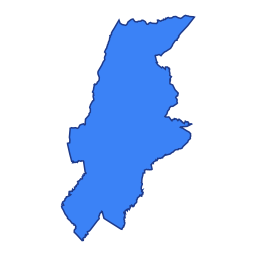 Ocuituco, Morelos, Mexico
{"feature_id": "50627088B33747024846778", "entity_name": "Ocuituco", "entity_type": "district", "adm_level": 2, "iso_a3": "MEX", "parent_name": "Mexico", "parent_adm1": "Morelos", "projection": "equal_earth", "projection_center": [-98.781, 18.879], "detail": "fine", "context": "isolated", "style": "filled", "palette": "blue", "viewbox_px": 256, "rotation_deg": 0, "n_neighbors": 0, "source": "geoboundaries", "source_scale": "gbopen_adm2", "svg_char_len": 5775}
<svg xmlns="http://www.w3.org/2000/svg" viewBox="0 0 256 256"><path d="M111.5,32.9L111.4,34.7L109.9,35.6L109.8,35.9L110.4,36.6L110.4,36.9L109.7,37.8L109.4,40.2L108.4,42.3L108.2,43.7L107.4,45.1L107.4,46.0L106.9,46.9L106.6,48.4L105.9,49.1L104.6,52.0L105.8,53.5L105.5,55.4L104.9,56.2L104.5,57.8L104.8,59.7L103.2,61.9L101.8,65.1L98.1,71.4L97.9,72.7L98.0,74.1L99.3,77.4L99.2,79.4L99.0,80.3L98.4,81.3L97.2,82.4L97.0,83.5L96.4,84.1L96.0,84.3L95.0,84.1L95.0,84.8L94.8,84.8L94.7,84.3L94.1,84.6L94.2,85.9L93.7,88.0L93.5,89.8L92.5,92.0L93.5,93.0L93.5,94.7L93.6,94.9L93.3,94.9L93.1,96.6L93.8,99.2L93.6,100.6L92.8,100.8L92.2,101.7L90.4,105.0L90.3,105.8L89.7,107.2L89.8,107.9L90.4,108.7L90.3,112.2L89.2,113.5L89.0,113.9L89.2,114.4L88.8,115.4L85.5,119.1L85.4,121.1L85.2,122.1L85.4,123.9L85.1,124.7L84.4,124.8L83.8,123.9L83.5,123.8L81.2,124.5L79.8,125.2L78.6,127.6L77.6,128.3L77.1,128.3L75.7,127.7L72.8,128.0L71.7,127.7L70.1,128.3L70.1,129.6L69.4,137.3L69.9,140.0L69.7,142.8L67.5,143.3L67.6,144.2L69.8,154.0L71.7,161.3L72.4,161.6L73.0,161.2L73.3,161.3L73.3,161.8L72.8,162.7L73.1,162.7L74.4,162.2L74.9,162.5L76.6,162.1L77.4,162.4L77.9,161.3L78.3,161.3L78.8,160.7L81.0,161.3L81.4,160.8L83.4,161.0L83.6,161.4L85.1,171.6L86.0,173.2L85.9,173.5L84.1,173.6L84.1,175.3L82.9,175.3L83.1,176.0L82.8,176.6L82.7,176.8L82.2,176.9L82.4,178.7L81.8,179.0L80.6,178.9L79.4,180.7L78.1,181.2L77.6,181.8L78.0,182.1L78.1,183.8L77.7,183.7L76.7,185.1L75.9,185.8L75.9,186.2L76.2,186.1L76.2,186.5L74.5,187.2L74.7,188.1L74.5,189.3L73.3,190.0L72.6,189.3L72.3,191.3L71.3,191.2L71.0,191.5L70.3,191.7L70.0,191.3L69.2,191.5L68.9,194.3L69.8,194.1L70.8,194.6L70.0,195.4L67.3,196.7L66.4,196.8L66.2,197.7L65.1,198.7L64.7,200.6L62.7,202.0L62.1,203.8L62.8,203.4L63.7,205.1L62.3,205.6L61.6,206.3L62.0,207.9L63.3,210.0L65.1,213.9L67.6,217.2L67.4,218.1L68.7,219.6L69.7,220.2L72.3,223.5L73.7,223.7L74.0,225.1L75.0,225.0L75.6,226.0L75.9,226.8L75.6,227.3L75.8,228.4L75.2,229.2L74.6,229.4L74.2,230.9L74.3,232.5L74.8,232.7L77.5,235.5L82.1,240.6L83.3,240.4L83.4,239.8L83.1,239.6L82.8,239.7L82.9,238.6L83.8,237.6L84.6,237.6L85.2,237.2L85.1,236.4L85.4,235.3L85.7,235.9L86.1,235.8L85.8,235.1L85.8,234.8L86.7,235.0L87.2,234.3L88.0,234.0L87.4,231.8L89.3,231.0L90.2,230.1L97.4,220.7L98.9,219.1L99.2,218.4L98.9,217.5L98.8,216.5L99.1,215.7L99.4,215.4L99.7,213.9L100.5,212.7L101.2,212.5L101.6,211.3L102.2,211.6L104.0,218.4L118.6,227.6L121.2,229.2L121.9,229.3L122.5,227.8L123.8,226.7L123.5,226.2L123.6,225.7L124.3,225.2L124.9,222.8L124.4,222.3L124.5,220.3L124.0,219.7L124.2,217.6L125.0,217.8L125.1,217.3L124.9,216.7L124.5,216.7L124.9,215.8L124.9,214.9L123.8,212.5L124.0,212.1L124.4,212.2L125.3,213.0L125.0,211.6L125.3,210.6L126.0,210.6L126.4,209.7L126.6,209.6L127.3,210.5L127.4,209.4L128.3,208.8L129.2,209.7L130.2,207.7L130.2,206.1L130.9,206.4L131.2,205.4L131.5,205.1L132.0,205.7L132.4,205.5L133.3,206.2L132.9,206.4L132.5,207.1L134.2,205.8L134.2,204.9L135.3,203.5L136.5,202.5L136.7,201.5L136.6,200.0L136.8,200.0L137.3,198.8L137.5,197.8L139.4,196.3L139.7,195.3L139.9,195.1L140.5,195.8L141.7,196.2L141.8,195.8L141.6,195.8L141.4,195.5L141.5,194.8L142.0,194.5L142.6,193.5L142.8,193.7L143.1,192.3L142.6,191.9L142.2,192.0L141.7,191.5L142.5,190.0L141.8,190.4L141.2,188.9L141.4,186.5L142.3,184.2L142.2,183.4L141.5,182.7L141.8,181.9L141.8,180.1L142.1,178.0L142.8,175.4L143.1,173.1L144.7,172.9L144.5,170.2L146.4,169.4L147.7,169.7L148.4,169.5L149.0,169.8L151.6,169.6L152.1,169.2L151.1,164.6L151.7,164.2L152.5,163.0L153.0,162.7L153.3,163.0L153.3,162.4L153.6,162.0L155.6,160.8L155.9,159.9L156.6,160.6L157.1,160.5L157.8,158.4L158.4,158.7L159.3,158.2L160.6,158.4L162.0,157.6L162.6,157.8L163.2,156.5L164.1,156.0L165.2,154.7L165.7,154.5L165.9,155.1L170.1,154.0L172.1,152.4L173.0,152.1L174.9,150.2L175.9,149.7L178.1,149.6L178.5,148.8L180.6,148.7L182.0,148.2L183.1,146.4L187.7,142.1L188.4,140.2L189.9,139.1L190.4,138.3L190.2,137.5L190.7,136.0L190.5,134.9L190.6,133.7L189.1,132.1L186.7,130.8L182.6,128.2L180.3,127.3L180.6,126.9L187.0,126.4L191.7,124.0L191.6,123.9L190.0,123.9L189.3,124.7L188.4,124.2L188.7,122.9L187.8,121.8L187.2,121.8L186.9,122.1L185.3,121.2L185.1,122.0L184.5,122.6L184.3,123.5L182.5,122.5L182.6,122.1L181.2,121.3L181.3,120.9L179.0,119.2L177.9,120.6L176.6,119.1L174.5,118.6L174.4,119.3L173.2,119.3L172.8,119.9L172.2,119.9L171.9,120.7L171.0,119.8L169.2,117.2L168.6,116.9L167.5,117.1L165.3,116.9L164.9,116.5L166.9,113.9L167.6,111.2L169.2,109.3L169.5,107.9L170.8,106.4L172.9,106.3L176.8,103.7L177.4,103.0L176.9,101.7L177.1,100.3L176.9,99.7L177.1,99.4L175.7,97.5L176.6,96.0L177.5,96.0L177.9,95.0L177.9,93.6L178.1,93.6L178.2,93.1L175.0,89.7L172.7,85.0L170.0,83.8L169.9,83.4L169.9,80.2L170.3,80.6L170.4,80.1L170.3,78.2L171.4,76.7L169.7,75.4L169.9,73.5L169.6,71.9L169.3,71.1L169.6,69.4L169.4,69.2L169.5,68.9L168.8,68.6L169.0,68.1L168.4,67.9L167.5,67.0L165.5,67.0L165.3,69.2L162.5,66.9L161.6,67.8L158.1,65.1L156.4,62.7L157.3,62.4L156.5,61.1L155.2,55.7L155.4,55.4L157.2,55.2L159.1,54.5L161.0,55.7L162.4,53.9L164.7,51.8L165.7,51.5L170.5,48.4L172.4,45.5L172.5,44.6L175.1,40.8L175.7,40.4L177.1,40.2L177.1,39.1L178.6,37.4L178.9,36.3L178.6,36.0L180.6,33.3L187.7,25.7L194.4,17.1L193.5,16.8L189.4,16.5L188.3,16.0L187.2,15.9L185.4,15.4L184.0,16.1L181.8,17.9L180.7,18.4L178.3,17.8L175.9,16.5L173.5,16.7L171.8,17.9L169.4,18.1L168.5,17.5L167.6,17.7L166.6,18.5L165.9,18.2L165.4,19.4L164.9,19.6L164.3,19.5L163.9,19.1L163.5,19.2L163.3,20.1L161.8,20.4L160.7,21.2L158.0,20.0L157.5,20.2L158.0,21.0L157.3,22.7L156.4,23.5L152.4,23.3L151.2,23.0L150.5,22.5L149.2,23.0L148.0,24.3L146.9,24.2L146.0,23.0L145.3,21.7L143.3,20.4L142.0,20.2L141.3,20.6L140.9,21.2L138.1,21.3L137.4,21.9L135.8,21.8L134.8,21.5L133.0,19.0L131.2,19.5L128.1,21.9L126.8,24.5L125.6,25.3L122.0,24.5L120.0,23.1L119.0,20.1L113.2,30.0L112.9,30.3L111.5,32.9Z" fill="#3b82f6" stroke="#1e3a8a" stroke-width="1.5"/></svg>